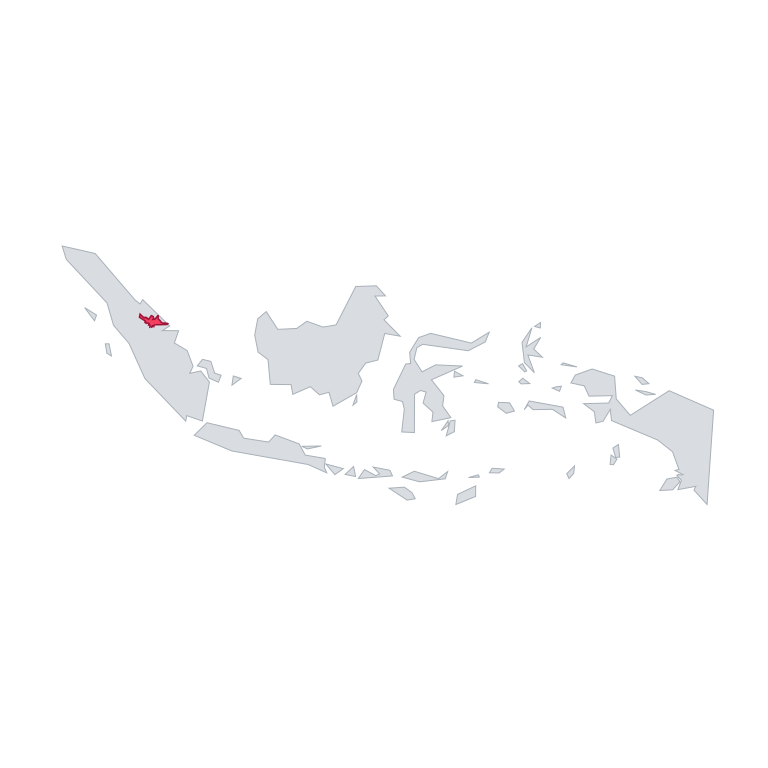 Siak, Riau, Indonesia (highlighted), rotated 4°
{"feature_id": "22746128B48036345674071", "entity_name": "Siak", "entity_type": "district", "adm_level": 2, "iso_a3": "IDN", "parent_name": "Indonesia", "parent_adm1": "Riau", "projection": "mercator", "projection_center": [101.837, 0.828], "detail": "fine", "context": "in_parent", "style": "filled", "palette": "rose", "viewbox_px": 768, "rotation_deg": 4, "n_neighbors": 0, "source": "geoboundaries", "source_scale": "gbopen_adm2", "svg_char_len": 6571}
<svg xmlns="http://www.w3.org/2000/svg" viewBox="0 0 768 768"><g transform="rotate(4 384 384)"><path d="M261.5,320.0L274.2,336.9L293.0,334.7L302.7,326.8L319.2,331.5L332.1,328.4L349.0,288.7L369.5,286.6L379.3,296.0L368.9,296.9L383.5,315.8L379.5,320.0L396.8,335.2L381.2,333.5L376.2,360.5L364.3,364.4L357.6,375.2L361.8,382.6L357.3,394.6L334.7,409.7L329.7,396.1L320.4,399.3L310.7,391.8L293.7,400.7L291.4,391.1L270.6,392.3L266.6,367.8L256.2,361.0L251.6,344.2L253.5,327.7L261.5,320.0ZM53.3,268.8L86.8,274.0L129.9,317.7L135.1,321.2L137.4,316.7L166.1,341.0L159.2,346.2L175.4,345.2L172.0,357.7L185.3,364.4L192.3,379.6L189.5,386.9L200.3,383.8L209.7,394.3L205.4,433.6L189.4,429.3L188.8,434.9L145.1,395.2L126.8,361.3L110.1,344.3L102.0,322.4L58.4,281.9L53.3,268.8ZM714.6,387.1L714.7,481.7L700.6,468.2L702.3,464.3L684.5,468.9L687.4,459.4L682.5,454.5L684.2,453.7L687.0,454.1L688.7,453.6L680.4,449.9L684.2,448.7L676.6,431.5L661.2,420.9L613.5,404.6L611.5,393.5L605.2,405.8L598.1,408.1L595.8,397.0L584.5,389.7L609.5,387.3L612.7,379.7L589.4,381.8L583.9,371.9L570.4,369.9L574.2,361.7L590.6,354.5L613.5,360.1L616.7,382.7L631.9,398.1L668.9,370.8L714.6,387.1ZM482.1,335.0L465.7,344.9L419.8,341.7L414.2,345.5L412.3,357.4L421.1,369.2L434.2,361.3L461.1,360.6L431.0,376.5L444.6,391.4L444.0,401.7L453.0,412.9L434.4,418.2L434.8,408.6L424.3,400.3L426.6,389.1L420.9,387.9L415.2,392.0L417.7,430.3L405.0,430.6L406.0,407.7L403.7,400.2L395.1,398.5L393.8,388.7L404.3,362.5L409.2,361.8L407.4,350.6L415.3,335.3L427.1,330.2L468.3,337.1L485.3,325.0L482.1,335.0ZM210.1,435.0L242.7,440.4L247.8,447.8L273.0,450.0L278.9,442.4L303.6,449.7L310.4,460.4L330.6,462.4L330.3,471.3L333.1,476.6L313.9,469.6L236.8,461.4L198.3,448.4L210.1,435.0ZM523.2,337.1L537.0,326.6L530.9,338.7L540.1,346.2L525.5,345.0L533.2,362.3L522.6,352.8L518.8,332.9L527.6,317.6L523.2,337.1ZM530.0,390.8L564.2,394.6L567.6,405.2L553.8,397.5L534.6,399.2L529.0,395.0L525.7,399.9L530.0,390.8ZM451.7,474.3L426.4,479.1L408.7,475.6L420.3,468.9L445.0,474.6L453.6,466.9L451.7,474.3ZM379.0,467.6L395.9,469.7L398.9,475.1L365.0,480.1L370.5,470.7L382.1,476.0L385.9,474.0L379.0,467.6ZM482.6,479.2L483.2,489.8L464.1,499.2L465.1,489.0L482.6,479.2ZM209.7,373.5L214.3,385.0L220.9,386.6L218.7,393.8L209.0,390.2L205.9,380.9L196.5,378.9L201.2,372.1L209.7,373.5ZM679.4,469.4L666.6,471.0L672.8,459.1L682.8,456.5L686.0,460.9L679.4,469.4ZM411.6,485.5L419.5,490.5L423.1,496.3L415.1,498.2L396.4,487.6L411.6,485.5ZM510.6,394.0L516.0,401.9L508.1,404.7L499.0,398.8L499.5,394.3L510.6,394.0ZM331.5,467.8L349.3,471.3L341.3,477.8L331.5,467.8ZM359.4,468.4L362.1,478.3L351.5,476.9L359.4,468.4ZM241.1,388.4L232.4,395.8L233.1,386.5L241.1,388.4ZM622.1,427.9L624.2,440.5L620.2,441.1L616.8,432.0L622.1,427.9ZM325.8,450.2L312.1,454.1L306.3,451.9L325.8,450.2ZM457.4,415.2L457.5,426.6L449.7,431.4L452.7,416.2L457.4,415.2ZM80.1,328.7L92.4,335.3L90.8,341.2L80.1,328.7ZM110.2,375.1L105.4,372.6L103.2,363.4L106.9,363.1L110.2,375.1ZM575.2,465.4L572.5,460.8L579.8,452.4L579.5,459.9L575.2,465.4ZM561.2,350.4L575.4,353.5L559.4,352.4L561.2,350.4ZM475.3,373.3L488.3,376.5L474.0,376.2L475.3,373.3ZM451.3,420.8L444.4,426.4L450.5,416.2L451.3,420.8ZM633.8,358.8L641.2,359.8L648.2,365.2L641.5,366.4L633.8,358.8ZM509.8,460.5L505.0,464.7L495.3,465.2L497.8,460.5L509.8,460.5ZM621.6,442.7L618.5,448.6L615.1,448.4L615.5,439.0L621.6,442.7ZM529.3,373.4L520.8,374.3L518.3,372.3L522.0,368.6L529.3,373.4ZM635.1,372.4L645.7,373.3L655.7,375.4L646.0,376.7L635.1,372.4ZM453.5,366.4L462.2,370.3L453.2,372.3L453.5,366.4ZM536.1,317.2L530.2,316.1L535.8,311.8L536.1,317.2ZM474.8,471.4L484.5,468.0L485.6,470.2L474.8,471.4ZM561.1,373.8L559.6,379.0L552.2,376.3L555.9,374.8L561.1,373.8ZM358.2,403.8L354.5,407.3L357.5,396.4L358.2,403.8ZM520.8,354.0L525.4,361.0L523.6,362.1L517.0,356.6L520.8,354.0Z" fill="#d9dde1" stroke="#a8b0b8" stroke-width="1"/><path d="M135.8,331.3L135.4,334.4L135.4,334.5L140.7,337.4L141.1,337.6L141.2,337.8L141.2,337.7L141.3,337.7L141.3,337.8L141.4,337.7L141.5,337.8L141.6,338.1L141.4,338.9L141.3,339.1L141.3,339.3L142.2,339.8L142.2,339.7L142.3,339.6L142.3,339.4L142.5,339.3L142.7,339.5L142.8,339.5L142.8,339.4L142.9,339.6L143.0,339.7L143.4,339.8L143.8,339.8L144.0,339.8L144.3,339.9L144.6,339.8L144.6,340.0L144.8,340.1L145.0,340.1L145.0,340.3L145.1,340.5L145.3,340.5L145.2,340.7L145.2,340.8L145.2,341.0L145.2,341.3L145.1,341.5L145.3,341.5L145.5,341.7L146.0,341.5L146.3,341.5L146.4,342.0L146.4,342.3L146.5,342.6L146.5,342.8L146.5,343.1L146.5,343.5L146.8,343.3L146.8,343.1L146.8,342.9L147.0,342.9L147.3,342.9L147.5,343.0L147.8,343.3L148.2,343.5L148.3,343.3L148.5,343.2L148.9,343.0L149.0,342.9L149.0,342.6L149.0,342.4L148.9,342.3L148.9,342.2L149.0,342.0L149.6,342.0L149.6,342.7L149.5,342.9L149.9,342.8L149.9,342.7L150.0,342.7L149.9,342.6L150.1,342.4L150.1,342.1L150.1,341.8L150.8,341.4L150.9,341.1L151.6,340.9L152.0,340.9L152.8,340.7L153.7,340.7L154.4,340.6L156.1,340.5L156.5,340.5L157.1,340.4L157.4,340.4L158.7,340.2L158.8,340.2L159.1,340.2L160.2,340.1L160.4,340.0L161.3,340.0L161.3,339.9L161.8,339.9L162.2,339.8L162.3,339.8L162.5,339.8L162.8,339.8L163.0,339.8L163.2,339.7L163.5,339.7L163.8,339.4L163.8,339.2L164.1,339.0L164.2,338.9L163.9,338.7L163.5,338.7L163.4,338.7L163.0,338.7L162.8,338.7L162.6,338.8L162.4,338.8L162.2,338.8L162.1,338.7L161.9,338.6L161.6,338.5L161.3,338.4L160.9,338.4L160.7,338.5L160.4,338.5L160.2,338.6L159.8,338.7L159.7,338.7L159.3,338.6L159.1,338.6L158.9,338.6L158.6,338.5L158.4,338.5L158.3,338.3L158.0,338.1L157.9,338.1L157.7,338.0L157.6,337.9L157.4,337.8L157.2,337.7L157.0,337.4L156.9,337.3L156.7,337.0L156.5,336.8L156.4,336.7L156.1,336.3L156.0,336.2L155.9,336.2L155.7,336.0L155.5,335.8L155.4,335.8L155.2,335.6L154.9,335.4L154.7,335.2L154.5,334.9L154.4,334.8L154.4,334.5L154.3,334.4L154.2,334.2L154.0,333.8L154.0,333.6L154.0,333.4L154.0,333.1L154.1,332.7L154.2,332.4L154.2,332.1L154.1,331.9L154.0,331.7L153.9,331.6L153.7,331.6L153.7,331.8L153.6,332.0L153.4,332.2L153.3,332.3L153.1,332.3L152.8,332.8L152.6,333.1L152.1,333.8L151.7,334.3L151.6,334.5L151.4,334.7L151.2,334.8L151.1,335.0L150.8,335.5L150.3,335.5L150.1,335.4L149.9,335.4L149.9,335.5L148.9,335.7L149.5,334.7L149.5,334.3L149.5,333.9L149.4,333.4L149.2,333.2L149.1,332.9L148.5,332.5L147.5,332.1L147.1,332.0L145.6,334.5L144.6,336.0L144.3,335.9L144.3,335.6L144.2,335.6L143.9,335.4L143.7,335.3L143.6,335.2L143.4,335.1L143.4,334.9L143.2,334.8L143.0,334.7L142.9,334.7L142.7,334.6L142.3,334.6L142.2,334.5L142.0,334.4L142.0,334.5L141.9,334.5L141.9,334.4L141.7,334.5L141.6,334.4L141.4,334.3L141.2,334.2L140.9,334.1L140.7,334.3L140.4,334.5L140.2,334.7L140.1,334.8L135.8,331.3Z" fill="#f43f5e" stroke="#9f1239" stroke-width="1.5"/></g></svg>